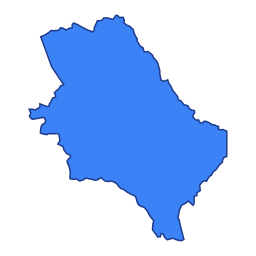 Ivaí, Paraná, Brazil
{"feature_id": "56859067B22036579453125", "entity_name": "Ivaí", "entity_type": "district", "adm_level": 2, "iso_a3": "BRA", "parent_name": "Brazil", "parent_adm1": "Paraná", "projection": "orthographic", "projection_center": [-50.861, -24.996], "detail": "fine", "context": "isolated", "style": "filled", "palette": "blue", "viewbox_px": 256, "rotation_deg": 0, "n_neighbors": 0, "source": "geoboundaries", "source_scale": "gbopen_adm2", "svg_char_len": 2966}
<svg xmlns="http://www.w3.org/2000/svg" viewBox="0 0 256 256"><path d="M29.2,109.2L30.9,113.3L29.4,116.1L30.7,118.0L32.3,119.3L40.7,117.9L42.4,117.4L44.3,117.8L45.6,120.4L45.1,122.8L42.0,124.8L41.0,127.0L40.6,129.8L40.4,133.1L42.6,133.9L44.8,134.3L46.9,134.6L48.4,133.6L52.2,133.8L54.2,133.8L57.1,133.4L59.2,134.9L59.5,137.8L59.8,140.9L57.8,144.0L60.5,145.3L63.3,146.9L63.9,149.9L66.7,153.7L69.9,155.0L70.7,156.9L68.2,159.3L67.0,161.5L68.0,164.3L69.0,166.0L70.0,170.7L70.4,173.4L69.9,175.9L70.0,178.7L73.8,179.4L76.2,178.9L79.8,181.0L83.5,179.8L85.2,178.5L87.4,178.3L89.4,179.0L91.8,179.1L93.9,180.1L96.1,180.2L98.4,179.3L101.2,177.6L103.0,179.4L105.3,181.1L108.4,181.6L110.9,181.1L113.8,181.8L117.2,184.1L118.7,186.4L120.7,188.4L123.7,189.5L127.0,192.0L129.4,193.3L131.0,194.3L133.7,195.4L135.7,196.7L136.8,200.7L137.8,203.6L139.1,205.3L141.4,206.5L144.2,207.3L146.5,210.0L148.1,212.3L148.9,214.2L150.7,217.2L153.7,220.5L153.0,223.5L152.7,226.3L152.5,229.9L153.9,231.6L155.6,233.9L157.6,236.9L160.3,236.8L161.1,233.6L163.1,233.9L164.1,236.5L165.3,238.0L167.3,239.8L170.4,238.9L172.8,238.2L175.9,239.5L178.3,240.3L180.0,240.6L181.9,240.5L183.9,239.4L179.8,223.5L179.3,220.1L177.8,217.7L178.5,215.1L178.9,213.0L179.4,210.3L180.3,208.0L181.9,204.9L184.1,204.0L185.9,203.0L188.5,201.0L190.4,203.0L193.0,205.3L194.1,203.6L194.1,200.5L194.2,196.1L196.9,195.6L196.9,192.6L198.5,191.7L200.3,190.5L200.0,187.9L199.6,185.4L201.5,182.8L202.8,181.6L204.8,180.7L206.5,181.3L207.6,179.1L209.7,176.0L211.4,175.4L212.2,173.6L213.6,171.4L215.5,170.3L217.5,167.6L219.5,164.7L222.4,162.4L222.6,159.8L224.1,157.2L226.7,156.7L226.8,146.1L226.8,131.2L224.9,130.5L223.1,129.5L220.9,129.8L218.3,129.1L218.6,126.5L216.7,126.1L214.7,125.0L212.2,124.7L209.4,122.8L205.7,121.2L203.8,121.5L202.0,123.1L200.2,123.0L198.6,119.9L196.4,120.2L194.6,118.9L193.0,117.1L193.1,114.8L194.6,113.1L194.4,110.6L191.4,110.0L189.3,108.4L187.8,105.7L183.9,104.7L180.7,100.7L178.2,99.8L177.6,96.6L175.1,93.3L173.5,91.4L172.2,89.2L170.5,85.5L169.1,83.8L168.3,81.9L167.7,79.9L164.0,81.3L161.1,80.1L159.8,74.2L159.8,70.8L159.0,67.8L158.4,65.4L157.8,63.2L156.5,61.0L155.0,59.2L153.3,57.5L152.5,55.1L149.2,52.3L147.6,51.5L145.2,52.1L143.7,50.8L143.0,47.8L140.3,46.2L137.2,41.2L137.1,38.3L135.5,36.4L134.0,32.7L133.2,29.5L129.6,26.2L127.0,25.2L123.8,22.8L124.4,20.4L123.1,17.3L119.3,17.5L117.8,15.6L115.8,15.4L114.5,17.3L113.0,19.4L106.7,17.8L103.6,18.0L102.6,19.6L100.8,20.6L97.4,20.7L95.7,24.6L94.4,27.3L94.1,30.3L92.4,32.1L90.3,30.8L88.3,30.4L86.2,29.3L80.7,26.4L78.3,25.0L76.4,24.1L73.8,23.0L72.2,24.5L72.2,27.7L69.3,28.3L65.9,30.0L63.3,28.2L60.6,27.8L58.1,30.6L55.8,30.4L53.2,30.9L51.2,30.4L48.8,32.5L45.9,34.4L42.9,35.9L40.7,36.7L51.8,67.1L63.7,84.7L60.5,85.9L58.7,89.0L55.9,91.1L54.3,92.9L55.3,94.7L55.6,97.2L52.9,97.9L51.8,99.6L50.8,102.0L49.3,104.1L49.0,106.3L46.4,106.4L42.4,104.8L39.9,103.8L39.9,107.2L37.4,108.7L35.1,110.1L32.5,109.2L29.2,109.2Z" fill="#3b82f6" stroke="#1e3a8a" stroke-width="1.5"/></svg>